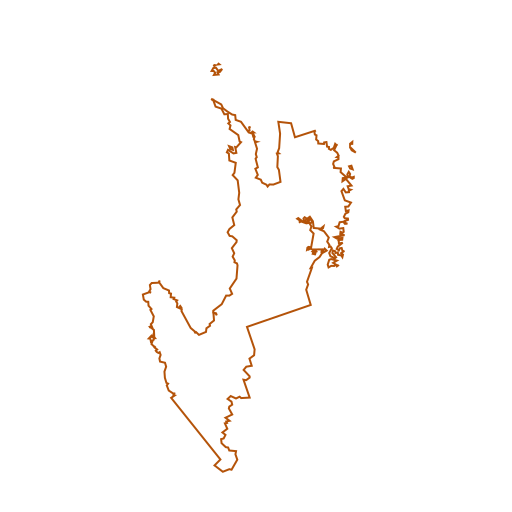 outline of Alotau District, Milne Bay, Papua New Guinea, rotated 251°
{"feature_id": "67681753B64121020462611", "entity_name": "Alotau District", "entity_type": "district", "adm_level": 2, "iso_a3": "PNG", "parent_name": "Papua New Guinea", "parent_adm1": "Milne Bay", "projection": "natural_earth1", "projection_center": [150.058, -10.179], "detail": "fine", "context": "isolated", "style": "outline", "palette": "amber", "viewbox_px": 512, "rotation_deg": 251, "n_neighbors": 0, "source": "geoboundaries", "source_scale": "gbopen_adm2", "svg_char_len": 6171}
<svg xmlns="http://www.w3.org/2000/svg" viewBox="0 0 512 512"><g transform="rotate(251 256 256)"><path d="M191.9,291.8L207.8,292.5L212.1,296.0L215.0,295.8L226.6,305.0L226.8,303.7L232.4,310.0L234.3,315.7L237.1,319.3L238.1,324.6L240.7,323.3L237.7,318.8L240.8,320.5L243.1,313.5L240.8,314.4L241.3,311.7L240.4,312.2L239.7,311.1L239.2,313.0L237.6,311.9L239.2,312.5L239.3,310.8L240.0,310.7L240.5,311.8L241.7,310.9L242.0,312.7L245.0,310.4L245.1,308.6L246.8,309.5L247.2,308.1L245.4,307.4L245.2,306.3L247.1,307.3L247.5,308.6L246.9,309.8L245.2,308.9L245.6,310.6L258.5,317.8L262.8,315.7L265.9,318.0L270.0,317.1L270.5,314.2L274.0,309.8L273.6,307.5L274.5,309.6L277.8,307.1L278.1,308.3L273.0,311.7L273.1,312.8L276.0,313.1L276.8,314.6L273.2,317.5L275.0,317.7L275.6,319.7L270.3,321.1L263.7,319.7L260.8,326.1L262.0,329.4L260.5,328.4L259.9,325.4L257.3,328.3L249.7,330.8L246.4,328.0L242.7,329.0L240.8,328.0L240.7,329.6L238.6,330.2L235.0,326.2L231.6,326.3L228.2,329.9L228.7,331.3L234.0,329.2L236.1,330.6L234.7,332.4L232.9,332.1L232.8,334.5L230.4,334.0L228.8,336.8L226.8,337.3L229.0,338.7L231.0,337.4L232.0,341.2L232.3,339.4L235.7,339.6L236.0,337.8L234.4,336.3L236.4,334.6L238.3,336.4L240.3,342.3L240.9,338.5L243.9,339.3L244.5,338.2L243.3,342.8L245.0,343.6L246.2,338.1L248.3,336.3L246.9,346.5L249.3,342.8L251.4,343.8L249.8,345.4L250.3,346.8L254.0,347.6L254.7,343.8L257.6,341.4L257.4,343.7L260.7,346.1L259.9,349.8L257.5,350.5L256.8,353.0L257.9,351.4L260.2,351.3L260.2,354.8L261.5,355.1L262.8,352.2L264.4,351.8L266.9,354.3L267.3,357.5L269.0,358.4L269.2,355.6L273.5,356.4L272.7,359.4L275.6,363.2L279.7,358.1L289.5,357.9L291.0,360.5L286.9,361.6L286.1,364.7L287.4,365.0L287.8,367.2L289.0,365.4L292.1,365.4L291.5,369.2L299.6,366.1L298.5,362.1L301.4,363.4L300.7,367.3L307.8,363.3L311.1,364.8L314.2,357.7L314.3,359.2L317.9,358.9L320.1,360.4L320.7,365.5L322.4,366.1L323.2,364.6L324.0,366.8L327.2,366.4L330.6,364.3L333.6,367.2L332.0,361.3L333.6,359.8L335.3,360.5L336.3,358.8L340.8,359.7L341.2,357.4L339.8,356.7L342.1,351.5L344.4,352.2L346.6,350.8L350.4,352.5L351.7,351.2L354.6,351.7L355.2,353.3L355.6,331.5L370.1,332.4L375.6,320.8L363.8,318.6L350.4,313.0L346.9,310.1L345.6,311.0L346.0,309.1L343.3,309.2L333.1,305.1L330.0,305.7L318.1,303.3L317.9,295.6L319.3,292.0L317.9,289.6L320.0,289.1L323.3,285.7L326.6,285.4L330.1,281.3L332.1,284.1L338.7,283.8L339.2,286.6L348.2,287.3L349.2,288.9L352.4,289.0L357.1,291.9L363.8,292.1L363.7,294.0L364.8,292.3L367.2,292.0L369.0,293.3L369.6,292.2L370.6,292.3L370.1,293.4L372.2,293.2L375.2,289.3L387.8,285.5L391.3,281.1L396.0,282.2L397.5,279.5L401.9,276.0L406.5,272.9L410.6,272.5L417.5,266.3L410.4,266.4L406.6,271.3L400.3,272.2L399.4,275.6L394.9,274.3L391.2,275.0L390.4,273.0L387.8,274.4L384.7,272.4L376.1,278.6L369.6,277.8L368.5,278.9L365.1,272.8L365.8,271.8L359.9,271.0L360.3,268.1L365.5,264.1L363.5,262.2L361.7,263.7L355.0,261.9L350.7,267.2L341.7,262.7L340.1,260.3L333.5,263.3L321.2,260.7L315.3,257.8L309.4,257.5L306.5,252.5L304.2,252.2L300.2,246.2L292.3,245.5L290.2,239.7L287.7,236.9L283.6,237.6L282.3,240.0L277.2,242.9L275.5,242.1L271.3,235.7L265.7,236.3L263.0,233.7L258.8,234.5L257.1,233.6L255.2,235.6L253.2,235.5L241.0,230.2L233.8,220.6L228.0,221.1L227.2,217.9L228.3,214.9L221.6,207.9L218.2,197.8L216.5,197.1L214.8,199.6L212.7,199.6L214.8,199.1L216.0,197.2L208.7,195.3L206.8,190.0L205.0,189.8L203.8,185.6L200.5,184.0L200.0,176.4L203.5,174.6L203.1,172.7L203.8,174.0L209.2,170.8L228.2,167.6L229.8,168.5L233.5,164.6L236.8,166.2L238.9,165.7L239.7,167.0L242.1,164.1L243.2,165.1L244.8,161.9L248.1,163.4L249.1,161.8L251.7,162.5L255.8,157.9L262.7,155.8L264.2,157.0L262.5,155.1L264.4,148.6L263.1,146.2L259.0,145.5L257.2,143.4L255.5,144.8L256.5,143.3L256.4,136.5L251.3,135.7L248.5,137.3L247.8,139.2L244.0,138.2L239.9,139.9L239.4,138.6L232.2,139.7L227.0,136.8L225.8,134.4L222.3,134.6L222.8,133.2L219.3,135.4L214.5,134.0L215.4,133.6L214.3,132.8L211.2,133.8L211.6,132.5L210.2,132.1L209.5,130.1L210.8,129.0L208.9,128.7L208.7,130.0L206.8,128.5L203.1,130.4L203.4,131.5L202.5,130.3L199.8,132.1L199.1,130.4L197.6,130.9L196.1,132.2L196.4,133.6L193.5,133.6L190.6,131.3L187.4,130.9L184.7,135.2L180.6,135.0L176.5,131.8L170.5,130.2L165.2,130.0L163.9,131.3L162.7,129.5L157.2,129.7L153.0,132.9L152.3,134.9L152.4,133.1L150.9,132.4L150.5,133.3L149.5,129.6L75.2,156.1L71.5,148.6L62.8,154.4L63.1,161.4L61.9,163.3L69.5,172.0L75.2,172.0L78.0,173.6L80.8,167.4L84.0,167.3L85.1,165.2L90.2,162.5L94.2,163.4L94.0,166.0L96.8,168.9L100.1,166.8L102.0,172.6L107.9,172.1L107.6,174.2L109.2,174.0L108.8,177.3L113.0,174.5L113.9,181.9L120.7,180.7L122.3,181.7L123.2,185.1L126.3,185.4L130.1,182.6L131.8,186.5L127.8,190.7L128.3,194.7L126.5,195.7L124.2,203.9L143.1,203.9L141.8,206.2L143.1,210.4L144.3,210.8L152.3,207.2L154.5,210.8L153.6,216.2L161.1,216.4L162.8,221.9L168.2,224.3L191.9,224.4L191.9,291.8ZM224.5,321.0L221.6,320.9L222.2,323.9L221.1,326.8L222.1,328.6L224.4,326.7L225.3,331.0L228.6,326.1L228.6,324.0L224.5,321.0ZM447.6,276.8L445.4,274.3L444.7,276.2L442.6,277.1L440.9,275.2L439.8,279.7L442.2,279.5L441.8,281.8L443.8,284.9L443.3,280.6L447.1,279.4L447.6,276.8ZM303.4,368.9L300.5,368.6L300.8,369.6L297.6,372.2L297.9,373.8L299.0,374.2L299.0,372.3L300.7,370.2L302.9,371.7L305.4,371.1L303.4,368.9ZM273.9,319.3L270.8,316.2L269.1,318.3L270.2,320.2L273.9,319.3ZM272.5,317.2L274.1,315.3L273.6,313.8L271.0,314.5L272.5,317.2ZM328.6,380.3L324.8,380.9L321.3,384.0L328.6,380.3ZM368.6,266.3L365.7,266.5L363.9,268.7L366.4,269.0L368.6,266.3ZM310.3,375.6L310.5,373.2L308.1,373.5L306.5,375.6L310.3,375.6ZM212.5,132.0L214.7,131.2L212.9,127.8L212.4,128.8L214.2,130.9L212.5,132.0ZM331.5,381.5L330.3,381.1L331.2,382.2L330.7,383.5L332.5,384.2L331.5,381.5ZM334.9,368.1L336.3,367.4L334.9,366.3L334.9,368.1ZM449.6,279.7L450.1,278.8L449.2,277.6L449.6,279.7ZM449.2,283.7L450.0,283.2L449.5,282.3L449.2,283.7ZM232.2,168.4L233.4,168.1L232.8,166.9L232.2,168.4ZM373.6,294.1L374.8,293.3L374.3,292.1L373.6,294.1ZM223.1,132.5L222.8,132.9L224.6,132.5L223.1,132.5ZM380.6,292.2L379.5,291.2L379.1,291.3L379.4,291.9L380.6,292.2ZM418.2,266.0L419.1,264.9L418.0,265.4L418.2,266.0ZM220.9,329.0L219.9,329.1L220.3,330.5L220.7,330.3L220.9,329.0ZM375.9,290.6L377.1,290.8L377.1,290.6L375.9,290.6Z" fill="none" stroke="#b45309" stroke-width="2"/></g></svg>